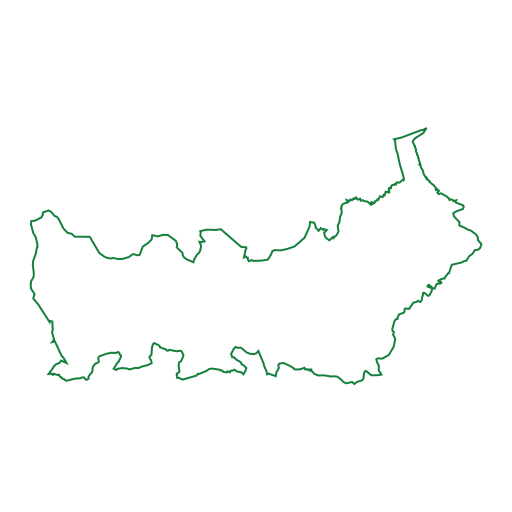 the district of Tequila, Veracruz, Mexico
{"feature_id": "50627088B92404877637147", "entity_name": "Tequila", "entity_type": "district", "adm_level": 2, "iso_a3": "MEX", "parent_name": "Mexico", "parent_adm1": "Veracruz", "projection": "orthographic", "projection_center": [-97.038, 18.75], "detail": "fine", "context": "isolated", "style": "outline", "palette": "green", "viewbox_px": 512, "rotation_deg": 0, "n_neighbors": 0, "source": "geoboundaries", "source_scale": "gbopen_adm2", "svg_char_len": 6046}
<svg xmlns="http://www.w3.org/2000/svg" viewBox="0 0 512 512"><path d="M182.5,379.6L196.5,375.6L197.9,373.8L199.0,374.0L201.7,372.9L206.5,370.9L208.9,369.2L211.4,368.5L219.7,369.7L220.2,370.4L222.2,370.5L223.4,372.0L226.8,372.4L227.6,371.3L229.9,372.3L230.6,370.8L233.7,370.2L234.3,369.7L237.0,371.5L241.4,372.3L243.4,374.3L245.7,370.4L246.3,368.0L244.2,365.8L241.5,364.1L241.1,362.7L239.7,361.5L236.7,359.9L233.9,357.3L232.2,357.2L231.1,353.9L233.8,348.8L235.5,347.0L237.8,347.8L241.0,347.7L246.7,352.5L250.5,353.9L254.4,354.1L256.3,353.2L258.4,351.0L263.4,363.0L264.2,366.1L266.4,371.1L267.1,374.3L268.5,373.6L275.7,376.1L276.3,372.7L278.9,367.9L278.2,365.1L279.6,363.5L283.6,363.0L290.1,366.0L293.9,368.4L294.2,369.2L296.0,369.5L300.1,369.3L304.5,367.8L305.1,369.4L306.4,369.2L307.1,369.7L307.8,369.3L309.5,370.4L309.9,369.4L311.3,369.5L311.5,371.2L313.1,372.1L313.8,373.6L318.3,375.5L323.9,375.3L331.1,376.5L334.7,376.3L337.4,376.7L341.0,379.4L343.4,382.0L346.3,383.3L352.1,382.0L354.4,384.0L356.9,382.0L362.1,380.3L363.5,378.5L363.8,374.7L364.7,371.5L365.9,370.9L371.4,375.3L377.6,375.2L381.4,374.6L378.8,370.4L378.8,365.3L377.3,362.9L376.3,359.3L378.1,358.3L382.1,358.7L387.7,355.7L389.0,354.7L393.6,346.9L395.1,339.6L395.0,338.2L393.1,334.7L393.9,332.1L392.5,330.8L392.3,329.0L394.3,321.7L395.7,319.3L397.7,318.8L397.6,317.3L399.2,314.3L403.6,312.8L404.5,311.7L404.5,309.4L405.1,308.5L409.1,308.9L413.3,302.7L416.2,302.0L418.1,300.8L420.0,302.0L420.5,301.9L421.9,299.8L422.1,297.2L423.0,294.9L422.9,293.3L423.6,292.8L424.4,292.9L428.2,295.9L429.6,295.1L431.7,291.0L432.1,289.2L431.4,288.0L427.7,286.7L427.5,285.9L428.2,285.1L428.8,284.8L433.3,288.5L434.7,288.6L436.5,284.2L437.4,283.7L440.1,283.6L441.4,282.9L440.9,281.8L438.6,281.4L438.3,280.7L441.2,279.1L444.7,278.4L444.6,277.7L448.1,273.3L449.0,273.2L451.7,264.8L461.5,262.5L464.4,261.0L466.3,260.8L469.1,256.3L472.6,253.7L474.8,250.2L477.8,249.8L480.1,248.0L481.1,245.2L481.3,243.9L477.8,239.9L477.9,237.4L476.0,234.4L470.9,230.6L468.0,229.7L464.4,227.6L459.7,225.7L459.3,225.4L459.5,222.2L453.9,216.4L453.3,213.1L456.9,211.1L462.8,209.1L463.7,206.8L463.2,205.4L455.7,202.5L455.5,201.6L456.1,200.4L453.6,201.2L453.6,200.4L450.5,199.3L449.5,200.0L448.6,198.1L446.6,196.4L441.6,193.6L440.8,193.3L438.7,194.2L437.4,192.6L439.0,190.9L437.5,189.4L436.0,190.1L435.7,189.2L436.3,188.5L433.9,185.5L429.4,181.8L429.6,181.1L428.3,180.3L426.5,177.7L426.3,178.3L423.7,174.1L422.6,169.8L420.9,167.6L420.7,165.6L419.4,164.6L420.3,164.1L418.7,159.7L418.7,158.5L418.3,158.2L418.0,155.9L417.0,154.7L417.0,153.6L416.0,151.4L415.8,148.6L414.7,146.8L415.0,145.8L414.1,145.0L412.7,141.5L414.8,138.5L423.4,132.9L426.5,128.0L423.2,129.9L420.5,130.4L401.3,137.6L394.0,139.3L395.0,140.3L395.9,148.9L397.6,153.9L399.8,164.3L403.1,175.2L404.0,179.3L403.6,180.2L403.0,179.6L399.5,182.6L396.7,182.4L396.1,184.4L394.8,184.0L394.3,184.9L392.3,184.9L391.1,186.4L391.0,188.0L389.8,187.9L389.8,188.5L388.8,188.5L389.3,192.0L388.3,191.7L388.3,192.4L385.6,191.7L384.6,195.4L383.6,194.9L382.6,197.2L379.9,196.3L378.3,199.8L377.7,199.3L375.7,201.4L374.9,201.4L374.5,203.0L371.9,202.3L372.3,203.4L370.9,203.2L372.0,204.3L370.9,204.8L367.6,201.6L364.1,201.1L362.7,200.2L360.9,200.7L360.1,198.7L358.4,199.6L357.7,199.5L356.2,197.5L355.4,198.7L354.1,198.2L353.9,199.0L352.9,199.1L352.1,200.2L350.5,199.5L349.8,201.0L346.6,200.0L347.8,202.4L343.2,203.8L341.5,205.6L341.5,208.1L340.9,208.3L341.8,211.2L341.5,213.9L340.2,216.4L339.4,222.2L337.7,225.6L338.5,231.7L336.6,235.0L333.3,238.1L332.9,237.0L329.4,240.3L326.8,238.5L325.1,236.6L324.1,232.8L326.8,230.1L324.0,229.1L323.4,230.0L320.8,228.1L318.6,230.8L317.0,228.7L315.8,228.0L315.2,224.9L314.1,222.7L310.0,222.0L309.5,226.8L304.5,237.8L294.6,246.4L286.8,249.1L280.6,250.4L274.9,250.1L272.4,251.0L271.2,254.3L267.8,259.6L262.1,260.6L253.2,260.9L251.8,260.1L248.8,261.2L248.0,259.7L247.8,257.7L246.7,257.6L245.8,256.5L244.0,257.4L245.4,250.5L246.4,248.3L246.2,247.3L241.2,246.9L220.9,229.3L215.8,229.9L206.4,229.7L200.3,231.1L200.7,233.0L200.3,235.8L204.5,241.4L201.6,242.0L199.4,241.8L200.9,245.2L201.0,246.9L200.0,251.0L199.2,252.6L196.9,254.7L194.0,259.9L193.4,262.2L188.0,260.0L184.5,257.9L182.8,255.5L182.5,253.0L176.8,247.4L177.1,244.0L175.8,240.8L167.9,235.0L162.6,234.9L158.0,236.4L152.3,235.2L151.6,239.5L148.2,242.9L142.7,246.7L139.8,254.6L139.3,255.0L137.4,255.3L133.6,254.1L131.9,254.7L128.8,257.1L122.4,258.9L117.9,259.1L115.2,258.3L112.2,258.1L110.4,258.5L107.2,257.9L104.4,256.7L99.3,253.0L89.8,236.8L74.9,236.7L71.8,233.9L67.6,232.8L63.4,228.5L58.7,219.0L56.8,216.8L54.4,215.9L51.3,211.9L48.5,210.5L42.8,212.5L43.0,214.4L41.3,217.5L34.9,220.7L31.3,221.1L31.0,224.5L33.3,233.0L35.7,237.1L37.3,243.7L37.5,246.9L36.8,247.9L36.0,253.0L33.2,260.9L32.8,264.5L33.8,273.0L33.7,276.7L31.1,281.3L30.7,284.7L30.9,288.5L34.3,293.6L34.5,294.7L33.4,297.6L33.4,298.8L38.1,304.2L49.6,322.1L49.8,320.9L52.4,321.5L52.7,330.4L52.0,332.2L54.1,339.6L52.2,342.1L54.9,341.4L61.6,355.8L63.5,357.8L66.5,363.0L61.1,360.6L59.7,362.8L56.0,364.3L53.5,366.7L52.3,369.0L48.6,374.0L51.8,373.7L52.6,374.8L53.2,374.8L53.7,373.7L56.2,374.6L58.1,375.0L58.9,374.6L60.2,376.9L61.6,377.4L62.2,378.6L63.6,378.9L66.1,380.8L75.2,378.6L80.0,378.3L82.7,377.3L83.9,377.4L85.8,379.5L86.6,379.8L88.4,378.9L88.7,376.4L90.5,373.7L91.6,372.9L92.4,370.9L92.8,367.1L95.2,363.7L98.1,362.5L98.9,361.4L98.2,358.1L99.3,356.3L106.3,353.8L111.6,352.7L115.7,353.0L117.8,352.1L118.5,352.1L119.4,353.3L120.1,355.0L120.9,355.5L121.0,356.7L118.4,362.1L117.4,362.8L113.7,368.7L116.2,370.0L117.3,368.9L122.2,368.0L127.9,368.7L129.5,369.5L134.7,368.0L138.6,368.0L141.4,366.7L147.8,365.1L151.7,363.2L151.1,360.4L149.5,357.7L149.5,356.7L151.5,354.7L151.9,347.7L152.9,344.4L154.1,343.0L158.4,345.1L159.9,346.4L160.0,347.3L165.8,349.4L166.9,350.6L168.0,350.7L169.3,349.8L176.5,351.3L180.6,350.7L181.8,351.7L183.4,355.0L183.1,356.6L181.1,361.2L179.2,362.2L178.6,365.1L179.4,370.9L179.2,372.0L177.7,373.4L176.9,373.5L176.6,374.4L177.3,376.7L177.0,377.7L179.2,378.0L182.5,379.6Z" fill="none" stroke="#15803d" stroke-width="2"/></svg>